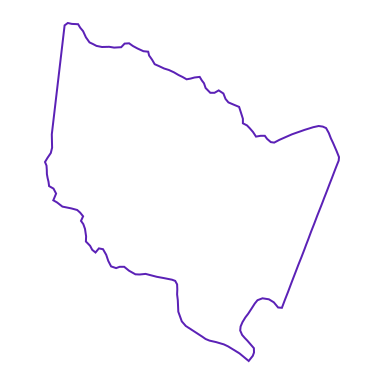 the district of São Cristóvão, Sergipe, Brazil
{"feature_id": "56859067B41958446559326", "entity_name": "São Cristóvão", "entity_type": "district", "adm_level": 2, "iso_a3": "BRA", "parent_name": "Brazil", "parent_adm1": "Sergipe", "projection": "albers", "projection_center": [-37.21, -10.968], "detail": "fine", "context": "isolated", "style": "outline", "palette": "violet", "viewbox_px": 384, "rotation_deg": 0, "n_neighbors": 0, "source": "geoboundaries", "source_scale": "gbopen_adm2", "svg_char_len": 2146}
<svg xmlns="http://www.w3.org/2000/svg" viewBox="0 0 384 384"><path d="M326.1,128.1L322.8,126.6L318.7,126.0L313.2,127.2L308.4,128.7L304.5,129.9L300.3,131.4L296.8,132.6L292.0,134.3L285.4,137.2L279.3,139.9L274.2,142.6L270.8,142.1L267.1,138.9L264.8,135.8L260.6,135.8L256.0,136.6L253.0,132.0L249.8,128.3L247.0,125.4L242.9,123.3L242.9,118.8L241.1,113.1L239.1,106.9L233.8,104.7L228.4,102.4L225.5,98.9L223.4,93.5L218.7,90.4L214.5,92.8L210.3,92.8L205.6,88.0L204.0,83.3L201.8,80.4L199.7,76.9L194.5,77.5L190.5,78.6L186.6,79.3L182.6,77.0L178.5,75.0L173.9,72.3L168.9,70.0L164.1,68.5L159.0,66.1L154.7,64.2L152.0,59.6L149.1,55.5L148.2,51.7L143.4,51.2L137.5,48.5L132.9,46.0L129.1,43.3L124.6,43.6L121.2,47.2L117.6,47.4L114.1,47.6L109.2,46.8L102.0,47.0L96.5,45.9L92.9,44.0L89.5,42.4L85.9,37.3L83.1,31.2L80.2,27.7L78.1,24.2L71.8,23.9L67.8,23.0L64.6,25.4L51.8,134.3L52.1,147.7L50.8,153.0L47.6,157.7L45.0,162.0L46.5,165.6L46.8,169.9L46.9,174.1L47.6,178.0L48.5,181.7L49.1,186.1L53.5,188.6L56.1,193.6L53.3,200.3L57.0,202.4L62.4,206.6L71.3,208.4L77.2,210.0L80.2,212.7L83.1,216.3L81.0,220.9L83.3,224.1L85.0,228.9L86.1,236.4L85.9,241.5L90.1,245.8L92.2,249.8L95.5,252.5L98.9,248.4L103.0,249.2L106.2,254.8L108.3,261.0L111.1,266.4L116.1,268.1L119.7,266.8L124.2,266.8L129.0,270.7L135.4,274.3L139.6,274.5L145.6,273.9L156.8,276.8L163.4,278.0L172.0,279.7L175.2,280.9L177.1,284.4L177.3,289.2L177.1,294.4L177.8,300.2L178.3,311.7L181.8,321.4L185.8,326.0L202.3,336.7L205.6,339.0L209.5,340.6L216.1,342.1L223.9,344.4L228.1,346.4L239.5,353.4L248.7,361.0L252.8,355.8L254.0,352.5L253.9,348.2L247.4,340.7L244.7,337.9L242.1,334.9L240.2,330.5L240.6,326.5L242.5,322.1L245.3,317.5L248.2,313.7L251.6,308.5L254.8,303.5L257.5,300.2L262.5,298.3L268.9,299.3L273.8,302.3L278.1,307.5L281.9,307.8L285.0,299.6L288.0,292.0L291.6,282.4L295.3,272.8L298.4,264.7L301.5,257.0L304.5,249.2L306.2,244.6L308.1,239.7L311.1,231.6L314.3,223.5L317.2,215.8L321.1,206.0L322.7,201.9L324.0,198.4L325.9,193.6L327.6,189.2L329.8,183.4L332.0,177.8L333.9,172.8L335.5,168.6L337.2,164.3L338.7,160.6L339.0,157.1L336.6,151.1L333.0,142.8L330.9,138.4L328.8,133.0L326.1,128.1Z" fill="none" stroke="#5b21b6" stroke-width="2"/></svg>